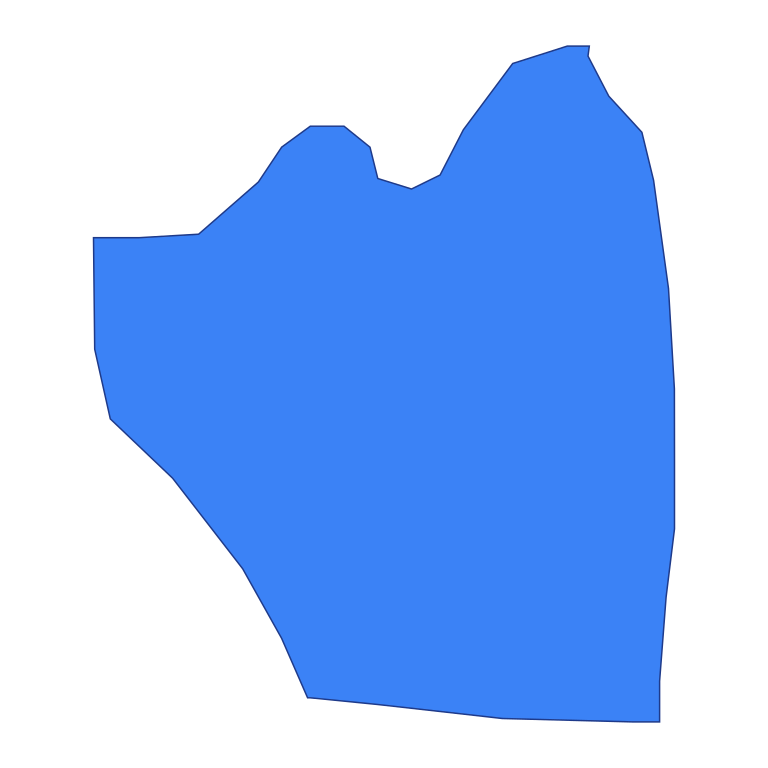 SVG path tracing the border of Zrnovci
{"feature_id": "MKD-2924", "entity_name": "Zrnovci", "entity_type": "Statistical Region", "adm_level": 1, "iso_a3": "MKD", "parent_name": "North Macedonia", "parent_adm1": "", "projection": "albers", "projection_center": [22.41, 41.829], "detail": "fine", "context": "isolated", "style": "filled", "palette": "blue", "viewbox_px": 768, "rotation_deg": 0, "n_neighbors": 0, "source": "natural_earth", "source_scale": "10m", "svg_char_len": 569}
<svg xmlns="http://www.w3.org/2000/svg" viewBox="0 0 768 768"><path d="M307.6,697.8L281.6,638.3L242.7,568.8L172.6,478.2L110.3,418.9L94.7,349.2L93.5,237.7L138.9,237.7L198.6,234.2L258.4,182.0L281.7,147.1L310.3,126.2L344.0,126.2L370.0,147.2L377.8,178.5L411.5,189.0L440.1,175.0L463.4,129.7L512.7,63.5L567.2,46.1L589.3,46.1L588.0,56.1L608.8,96.2L641.9,132.3L653.6,180.4L668.5,288.5L674.4,388.9L674.5,460.8L674.5,528.9L666.1,597.1L659.6,681.2L659.6,721.9L632.4,721.9L502.4,718.5L377.7,704.5L310.2,697.8L307.6,697.8Z" fill="#3b82f6" stroke="#1e3a8a" stroke-width="1.5"/></svg>